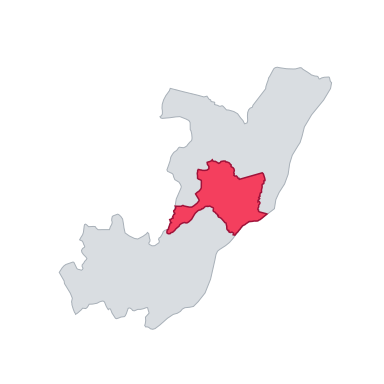 where Cuvette sits in Republic of the Congo, rotated 14°
{"feature_id": "COG-3342", "entity_name": "Cuvette", "entity_type": "Region", "adm_level": 1, "iso_a3": "COG", "parent_name": "Republic of the Congo", "parent_adm1": "", "projection": "natural_earth1", "projection_center": [15.8, -0.78], "detail": "fine", "context": "in_parent", "style": "filled", "palette": "rose", "viewbox_px": 384, "rotation_deg": 14, "n_neighbors": 0, "source": "natural_earth", "source_scale": "10m", "svg_char_len": 9061}
<svg xmlns="http://www.w3.org/2000/svg" viewBox="0 0 384 384"><g transform="rotate(14 192 192)"><path d="M82.6,302.1L84.4,296.9L85.7,294.5L87.2,292.8L93.5,288.7L94.5,288.9L98.9,294.2L100.2,294.6L101.8,294.5L103.6,294.7L104.5,293.6L104.7,292.3L103.3,290.7L103.1,289.1L104.1,287.3L104.6,285.3L105.9,283.0L106.1,281.9L104.7,280.7L101.7,278.9L99.7,277.1L98.9,275.4L99.5,273.3L101.1,271.5L101.0,270.6L99.6,269.0L98.5,267.3L97.5,266.2L94.5,265.6L95.1,263.3L96.2,260.0L96.4,257.4L95.6,250.7L95.7,249.5L96.5,248.9L98.2,249.6L100.0,250.7L104.8,249.2L106.5,249.0L107.9,250.3L109.9,251.3L121.0,248.5L121.2,245.6L121.9,243.0L122.0,241.1L121.5,239.9L120.9,238.9L120.6,237.0L120.6,234.9L121.7,233.9L125.2,231.5L126.3,231.6L128.8,232.9L131.2,235.0L133.2,239.5L134.7,243.3L137.0,247.9L141.8,249.8L147.6,251.0L150.8,250.7L155.3,246.7L157.8,243.7L158.6,242.0L160.1,242.9L161.8,246.9L162.8,248.5L163.1,250.0L162.4,251.9L163.1,253.1L166.2,253.9L168.9,253.1L170.2,251.5L172.2,249.3L172.2,247.5L171.1,246.3L171.1,244.7L172.3,243.4L173.4,239.9L173.7,237.4L174.8,235.8L176.9,234.6L177.6,233.6L178.7,227.6L178.2,225.4L178.2,223.6L179.4,221.3L179.7,217.5L178.4,202.6L180.4,190.6L180.2,189.1L178.8,187.3L177.0,185.6L172.4,184.2L170.7,182.0L169.4,179.6L168.4,178.9L163.4,177.9L162.3,176.6L162.7,172.8L163.2,167.2L163.0,163.3L163.9,160.1L164.9,157.8L167.1,155.3L168.3,152.3L168.9,151.6L173.1,151.1L174.6,149.9L175.8,148.6L176.4,147.0L177.8,144.2L179.1,142.3L179.2,141.0L178.9,139.3L177.7,135.8L176.2,132.9L175.2,131.9L173.4,125.1L171.7,123.4L168.3,122.6L162.0,121.8L158.2,123.0L152.5,125.3L145.2,127.8L143.5,127.6L142.7,126.5L143.8,125.6L144.4,123.6L143.7,120.6L142.6,117.9L141.9,114.0L142.2,109.3L143.3,104.8L145.6,99.1L145.8,96.7L159.8,96.8L174.8,96.7L180.5,96.9L183.3,95.4L185.9,97.7L187.2,98.2L187.7,98.0L188.7,99.6L191.9,99.4L192.5,99.8L192.7,101.7L195.8,101.7L197.3,102.1L198.5,102.1L200.3,101.0L201.5,101.3L203.8,102.8L205.5,104.0L207.8,103.6L213.1,103.8L217.3,105.0L221.3,108.4L224.1,110.3L226.5,113.1L227.4,112.6L228.8,111.5L228.7,109.1L227.4,104.9L226.8,101.4L227.1,98.5L228.2,96.5L230.0,95.2L230.2,93.0L238.5,74.0L238.2,71.9L238.4,68.6L238.8,64.9L238.7,62.8L239.3,61.3L241.5,52.7L242.6,51.3L244.5,50.3L247.1,50.2L254.1,49.5L260.6,48.1L262.7,47.5L266.8,45.2L268.3,45.1L269.7,46.0L277.5,48.6L279.7,49.6L280.5,49.5L281.7,49.7L283.5,49.7L285.3,49.4L286.4,49.7L287.9,51.5L288.9,51.3L290.1,50.0L292.5,48.7L297.0,47.3L297.8,47.9L299.4,51.1L301.0,52.2L301.4,58.1L297.5,70.9L289.4,88.1L285.3,101.7L285.3,111.6L284.9,117.9L283.6,121.7L280.4,132.0L279.9,140.8L281.0,151.6L279.9,161.8L276.6,171.5L275.2,179.1L276.0,188.3L269.9,195.9L262.2,203.5L257.2,205.7L253.3,208.3L250.5,211.2L247.6,216.3L243.0,227.2L240.6,231.9L237.5,236.0L232.8,241.0L231.1,243.3L230.4,246.8L230.7,253.0L231.1,272.1L229.1,286.8L224.5,297.0L221.1,302.7L217.6,304.4L213.1,306.0L211.0,307.9L209.6,310.7L207.1,313.2L203.4,315.3L198.7,320.5L193.0,328.8L189.2,333.5L187.1,334.7L184.9,334.8L182.7,333.8L180.8,333.7L179.9,334.2L178.4,333.0L178.5,331.1L178.2,328.0L177.1,324.7L179.6,320.1L179.3,319.1L178.2,317.4L176.9,315.0L175.7,315.2L173.1,317.0L170.3,318.4L167.8,319.0L164.7,321.3L163.0,321.3L162.0,320.4L159.9,319.6L158.8,319.9L158.2,320.3L157.7,325.8L157.2,328.2L156.5,329.3L153.4,330.5L151.2,332.1L149.4,333.2L148.2,333.0L143.7,328.8L141.2,325.3L139.8,325.3L139.4,326.4L138.6,325.9L136.4,323.6L133.8,320.0L132.8,319.4L131.4,319.5L129.1,320.8L126.8,322.9L122.7,324.8L119.3,325.8L119.0,327.2L118.2,329.4L117.1,330.8L114.0,331.2L113.0,333.2L110.3,337.1L108.6,338.9L108.2,338.1L107.1,337.2L105.0,334.2L102.8,330.5L102.3,328.8L101.7,327.8L101.6,324.0L98.4,319.6L90.4,311.7L89.5,309.3L82.6,302.1Z" fill="#d9dde1" stroke="#a8b0b8" stroke-width="1"/><path d="M270.0,195.3L266.0,200.8L265.3,201.6L264.7,202.4L264.4,202.6L263.7,203.1L263.6,203.3L263.0,204.0L262.7,204.2L261.2,204.7L259.7,205.0L259.1,205.2L257.2,206.1L255.8,206.5L254.8,206.7L254.7,206.8L254.4,207.1L254.2,207.1L254.1,207.3L253.4,208.3L252.3,209.4L251.4,210.7L250.0,211.9L249.3,212.4L249.1,212.6L249.0,212.9L248.7,213.8L248.0,215.2L247.6,216.5L247.1,217.2L246.0,219.8L245.0,221.2L244.4,222.8L244.0,223.5L243.9,223.5L243.0,223.5L242.3,223.6L242.2,223.3L242.4,222.7L242.4,222.3L242.3,221.9L242.2,221.9L241.3,221.5L240.7,221.3L240.1,221.4L239.6,221.8L239.1,222.0L238.3,222.0L237.7,221.9L237.6,221.6L237.5,221.4L237.0,221.2L236.6,220.9L236.8,220.4L235.6,220.3L234.8,219.5L233.9,216.6L233.3,215.6L232.8,214.5L232.7,214.2L232.3,213.8L231.1,213.7L230.9,213.5L230.8,213.3L227.5,211.0L226.6,210.5L225.7,210.1L223.8,209.9L223.3,209.5L223.3,208.8L223.2,208.4L222.8,208.6L222.6,208.6L222.4,208.3L222.0,207.6L221.7,207.5L220.4,207.0L220.2,206.8L220.1,206.6L219.9,206.4L219.3,206.1L218.0,205.7L217.4,205.5L217.0,204.8L216.9,204.0L216.9,203.2L216.7,202.6L216.3,202.1L215.8,202.0L214.7,201.9L213.1,201.4L212.5,201.4L212.1,201.6L211.2,202.1L210.7,202.3L210.3,202.1L210.2,202.1L209.6,202.4L208.5,202.8L208.1,203.2L207.2,204.7L206.8,205.3L206.3,205.7L206.2,205.8L205.9,205.7L205.5,206.0L205.2,206.6L205.0,206.9L204.3,207.4L202.9,208.1L202.3,208.7L200.4,211.6L199.8,213.1L198.2,218.6L196.2,221.6L195.1,222.8L194.7,223.1L193.9,223.4L193.5,223.5L192.4,223.4L192.1,223.5L191.9,223.5L190.5,224.3L190.1,224.6L188.7,225.9L188.3,226.4L188.0,226.8L187.9,227.6L187.9,227.9L187.5,228.6L187.3,228.9L186.5,229.9L186.2,230.2L185.9,230.9L185.3,231.6L185.1,231.9L184.8,232.9L184.7,233.1L183.5,235.0L182.9,235.7L182.5,236.0L182.0,236.3L181.6,236.4L181.4,236.6L181.3,236.8L181.0,237.3L181.0,237.5L180.8,237.6L180.6,237.8L180.4,237.9L179.3,238.2L179.1,238.2L178.9,238.2L178.4,238.1L178.0,238.0L177.7,237.8L177.5,237.4L177.3,236.7L177.2,234.9L177.2,234.7L178.0,234.2L178.2,233.7L178.0,232.2L178.2,231.1L178.3,228.4L178.5,227.7L178.8,227.2L179.5,226.7L179.3,226.5L178.7,226.4L178.2,226.2L177.8,224.8L177.2,224.5L177.0,224.2L177.3,223.9L177.9,223.7L178.2,223.5L178.5,223.3L178.6,223.0L178.8,222.6L179.0,222.3L179.9,222.1L179.9,221.6L179.6,221.0L179.2,220.5L179.6,219.5L179.6,218.7L179.7,218.4L180.0,218.0L180.4,217.8L180.6,217.4L180.5,216.7L179.4,215.9L179.0,215.4L178.8,214.7L178.9,214.3L179.1,214.1L179.4,213.9L179.6,213.6L179.7,213.3L179.8,212.9L180.0,212.2L180.0,211.1L179.9,210.8L179.7,210.4L179.2,209.8L183.0,209.0L185.1,208.4L185.8,207.6L186.5,207.2L187.7,207.5L193.2,207.3L195.4,206.7L197.0,205.1L199.8,201.4L200.4,199.9L201.0,198.7L200.5,197.6L195.9,193.0L197.1,191.1L198.8,189.2L199.3,188.1L199.8,186.9L200.0,185.7L198.6,179.7L198.2,178.5L197.2,178.2L195.1,177.9L194.1,177.4L193.8,176.3L193.5,175.0L192.7,173.0L192.5,172.3L192.6,171.7L192.6,171.2L192.3,169.9L192.6,168.6L193.6,168.5L194.6,168.6L195.7,168.4L196.3,168.5L196.8,168.5L199.1,168.0L201.2,167.2L202.7,165.4L202.2,163.1L200.3,161.5L199.5,159.6L200.5,158.9L201.6,158.3L202.5,157.7L203.2,157.0L203.9,155.8L204.0,155.9L204.0,156.0L203.9,156.4L203.9,156.6L204.0,156.7L204.1,156.8L204.4,156.6L204.5,156.6L205.4,156.9L205.9,157.0L206.1,157.0L206.3,156.9L206.6,156.8L206.7,156.7L206.9,156.6L207.1,156.6L207.5,156.7L207.9,156.8L208.1,156.9L208.4,156.9L208.8,157.0L209.0,157.1L209.2,157.3L209.3,157.3L209.5,157.4L209.9,157.3L210.2,157.4L210.4,157.5L210.7,157.7L210.8,157.8L211.0,157.8L211.4,157.6L211.7,157.1L211.8,157.0L212.2,156.7L212.3,156.6L212.4,156.4L212.6,155.7L212.7,155.4L212.8,155.3L213.0,155.2L213.4,155.1L213.6,155.1L213.8,154.9L214.1,154.7L214.4,154.7L214.6,154.6L214.9,154.4L215.1,154.3L215.9,154.2L216.0,154.2L216.3,154.0L216.5,154.0L216.8,154.0L217.0,154.0L217.3,154.3L217.4,154.5L217.5,154.6L217.8,154.7L218.1,154.6L218.3,154.5L218.5,154.4L218.8,154.4L219.5,154.5L220.2,154.6L221.2,154.8L221.3,154.9L221.4,155.0L221.6,155.1L221.8,155.2L222.0,155.5L222.4,155.8L222.5,155.8L223.1,156.1L223.4,156.2L223.5,156.4L223.5,156.5L223.6,157.3L223.6,157.5L223.8,157.8L224.0,158.0L224.9,158.2L226.1,158.6L226.3,158.7L226.4,158.8L226.8,159.2L227.2,159.5L227.3,159.8L227.9,161.0L227.8,163.1L227.9,163.3L227.9,163.5L228.0,163.6L228.3,163.8L228.5,164.0L228.6,164.5L228.6,164.8L228.5,165.6L228.9,165.8L229.1,165.8L229.7,166.2L229.8,166.2L230.1,166.2L230.3,166.1L230.8,165.8L231.0,165.8L231.2,165.7L231.4,165.8L231.6,165.9L231.8,166.1L232.1,166.3L232.5,166.5L232.9,167.2L233.0,167.3L233.3,167.4L234.2,167.3L234.3,167.3L234.4,167.5L234.5,167.8L234.6,168.1L234.8,168.3L255.5,156.4L256.7,157.1L257.1,157.6L259.2,161.0L259.9,162.6L260.0,162.8L259.9,163.0L259.9,163.4L259.6,163.5L259.4,163.5L259.2,163.5L259.0,163.9L259.1,164.2L259.4,165.0L259.5,165.8L259.6,166.1L259.6,166.4L259.4,166.7L259.0,167.0L258.7,167.1L258.4,167.4L258.3,167.8L258.3,168.4L258.8,170.0L258.9,170.7L258.9,173.0L259.0,173.6L259.4,174.8L259.5,175.6L259.2,175.9L258.7,176.1L258.5,176.6L258.5,179.2L258.5,179.4L259.0,179.5L259.0,179.8L258.0,181.2L258.2,181.5L258.8,181.7L259.3,182.1L258.3,183.7L258.1,184.6L258.4,185.4L258.8,184.7L259.3,184.8L259.9,185.3L260.4,185.7L260.6,186.4L260.5,187.1L259.9,188.7L259.9,188.9L260.3,190.3L260.3,190.7L260.0,191.4L260.0,191.8L260.1,193.0L260.4,193.1L260.7,193.3L260.8,193.5L261.0,193.5L261.1,194.4L261.4,194.7L261.7,194.8L262.2,195.0L269.5,195.1L269.8,195.2L269.9,195.3L270.0,195.3Z" fill="#f43f5e" stroke="#9f1239" stroke-width="1.5"/></g></svg>